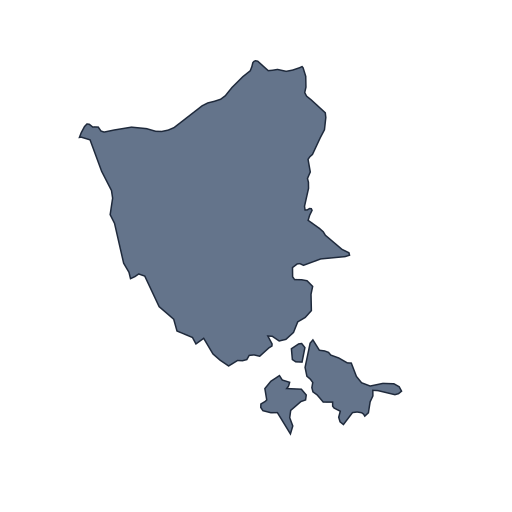 outline of Estonia, rotated 245°
{"feature_id": "EST", "entity_name": "Estonia", "entity_type": "country or territory", "adm_level": 0, "iso_a3": "EST", "parent_name": "Europe", "parent_adm1": "", "projection": "orthographic", "projection_center": [24.591, 58.582], "detail": "fine", "context": "isolated", "style": "filled", "palette": "slate", "viewbox_px": 512, "rotation_deg": 245, "n_neighbors": 0, "source": "natural_earth", "source_scale": "50m", "svg_char_len": 2485}
<svg xmlns="http://www.w3.org/2000/svg" viewBox="0 0 512 512"><g transform="rotate(245 256 256)"><path d="M408.2,377.8L406.6,378.2L397.8,377.0L387.9,372.6L383.5,369.2L379.4,369.4L374.4,371.9L356.5,379.3L352.0,377.8L341.5,371.4L336.1,364.3L324.2,350.1L323.2,346.7L321.6,344.0L309.2,340.7L304.5,335.4L300.7,334.7L295.1,332.2L280.6,321.0L277.0,319.9L276.1,321.9L276.4,324.6L275.5,326.1L273.7,326.1L270.3,321.9L266.3,318.3L253.9,325.3L249.4,327.2L245.5,327.6L225.7,336.7L219.6,341.6L217.2,341.1L217.8,336.5L226.0,313.4L227.5,295.1L230.5,292.6L231.4,290.1L230.1,284.2L221.7,280.4L218.3,281.0L215.2,287.3L212.0,291.8L204.5,294.5L198.1,289.7L183.1,283.1L179.5,274.6L178.7,266.0L170.9,257.7L167.8,247.9L169.2,241.1L176.4,236.8L178.5,232.9L169.5,233.4L167.7,232.4L167.3,228.9L163.6,217.0L167.2,212.4L168.8,207.8L166.0,203.9L166.8,199.5L169.1,195.1L167.9,184.7L176.8,179.4L185.4,175.6L203.5,173.8L201.7,164.4L209.0,164.0L221.4,152.7L233.5,154.7L251.0,146.8L284.8,146.7L289.3,142.1L288.5,137.6L288.5,132.7L294.9,134.0L305.4,133.0L345.4,141.6L355.1,141.3L369.0,150.5L376.4,152.7L398.0,151.9L431.4,154.7L437.6,147.8L438.1,146.1L441.5,149.6L445.8,155.3L447.1,158.6L445.8,160.6L441.9,162.5L441.1,164.4L439.5,167.5L434.8,168.3L432.5,170.7L430.1,180.8L425.4,197.6L417.7,210.6L411.4,217.8L408.7,223.2L407.2,229.6L407.0,236.0L414.9,270.7L415.1,277.0L413.8,283.6L413.0,290.2L414.2,295.9L418.9,305.5L424.1,319.9L426.3,329.1L429.5,332.4L432.5,334.8L433.2,336.3L433.2,338.0L431.8,339.9L418.8,345.4L417.3,349.6L416.0,354.3L410.6,361.4L409.0,367.8L408.2,375.2L408.2,377.8ZM113.1,251.0L117.4,254.0L121.4,253.2L125.5,251.3L134.3,253.4L154.1,268.2L155.9,272.1L143.8,273.6L141.0,278.0L138.0,281.0L134.6,281.9L128.6,287.9L120.5,293.6L118.7,297.1L104.4,296.1L96.5,298.1L89.9,304.5L86.9,317.2L81.9,327.0L77.0,330.5L72.0,330.8L71.0,327.0L71.6,323.3L82.5,309.6L84.9,305.1L79.8,302.8L75.6,297.8L66.4,291.6L64.9,286.9L67.2,286.7L69.3,285.5L71.9,281.7L73.3,277.3L66.3,264.0L70.2,262.1L74.9,262.8L79.7,266.8L85.2,262.5L87.5,262.0L91.2,263.7L95.2,255.2L104.3,252.7L108.8,250.2L113.1,251.0ZM132.5,227.4L127.3,233.1L124.4,230.6L122.9,227.8L116.1,240.8L108.8,242.8L104.6,240.1L105.1,235.2L101.4,222.2L95.2,218.2L86.4,217.5L80.2,212.0L105.0,209.2L107.7,203.2L112.9,196.9L116.7,196.3L119.8,197.9L120.3,202.9L121.0,204.9L132.1,208.0L136.2,216.5L137.7,226.7L132.5,227.4ZM157.4,260.4L152.3,261.6L140.4,252.9L143.3,247.3L146.8,245.2L157.0,248.9L158.3,257.5L157.4,260.4Z" fill="#64748b" stroke="#1e293b" stroke-width="1.5"/></g></svg>